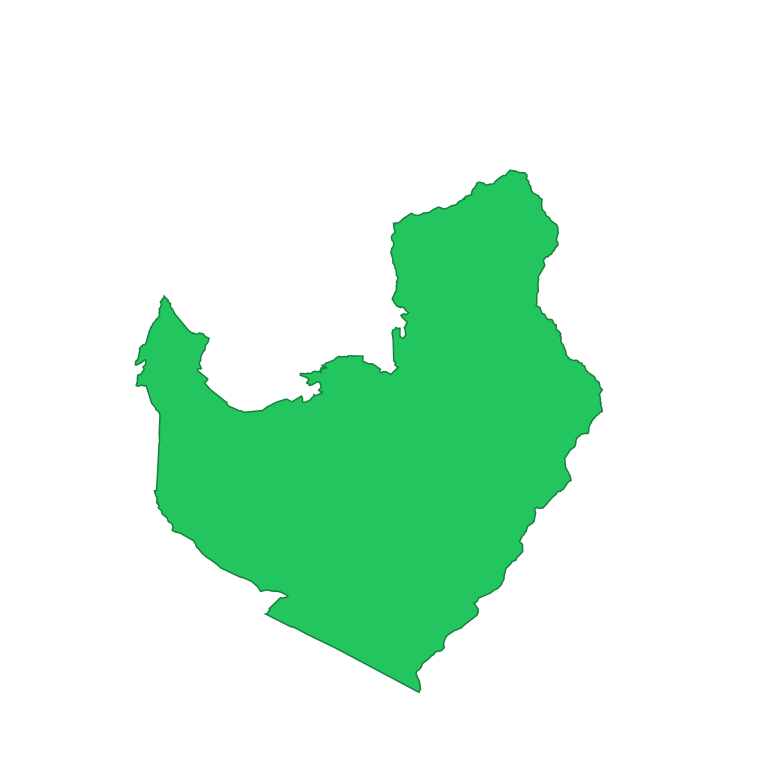 Scortoasa, Buzau, Romania, rotated 40°
{"feature_id": "2599482B46829986132598", "entity_name": "Scortoasa", "entity_type": "district", "adm_level": 2, "iso_a3": "ROU", "parent_name": "Romania", "parent_adm1": "Buzau", "projection": "orthographic", "projection_center": [26.658, 45.394], "detail": "fine", "context": "isolated", "style": "filled", "palette": "green", "viewbox_px": 768, "rotation_deg": 40, "n_neighbors": 0, "source": "geoboundaries", "source_scale": "gbopen_adm2", "svg_char_len": 6170}
<svg xmlns="http://www.w3.org/2000/svg" viewBox="0 0 768 768"><g transform="rotate(40 384 384)"><path d="M608.1,594.2L602.3,589.0L595.5,585.9L594.2,584.5L593.7,583.0L594.5,580.3L594.6,577.5L593.2,573.4L594.8,566.1L595.1,562.0L595.9,559.6L595.7,556.7L596.2,555.1L599.4,551.5L599.7,547.2L597.4,545.6L595.4,542.4L594.2,538.5L594.1,535.5L596.4,527.7L600.0,521.2L600.3,517.2L603.8,501.3L603.0,498.5L600.8,495.9L593.9,494.0L595.1,490.9L594.1,487.2L600.0,475.4L601.0,470.6L602.4,468.1L602.9,463.1L601.2,456.2L599.4,453.9L596.0,447.1L596.7,440.7L596.2,438.1L598.3,433.9L597.4,432.0L598.0,423.3L593.4,418.1L591.8,417.6L589.2,417.9L587.8,412.0L587.9,408.1L587.2,406.9L587.7,405.5L585.4,401.0L587.3,394.7L587.3,393.0L582.9,385.1L580.4,383.7L579.8,382.5L580.4,380.2L582.7,379.6L585.5,376.8L585.9,361.9L586.6,358.8L586.3,354.7L588.0,353.1L588.4,351.7L588.0,350.9L589.1,349.6L588.1,341.1L588.4,339.1L589.4,337.8L585.8,334.8L576.8,331.2L570.3,325.0L569.1,315.0L570.4,309.4L569.6,307.2L567.1,303.4L566.6,301.3L566.7,298.7L567.3,298.2L567.3,295.9L569.9,292.5L571.7,291.2L572.1,290.0L568.8,285.4L567.6,281.7L567.7,280.0L567.0,279.7L567.0,271.7L567.7,269.4L567.8,267.0L568.8,264.7L565.9,262.1L564.1,261.5L562.7,259.2L560.7,258.1L559.0,256.0L555.6,253.5L554.9,248.1L551.4,247.5L547.8,244.5L543.6,244.8L540.4,243.2L533.3,243.9L529.5,243.5L526.1,241.3L524.2,242.1L522.2,240.9L518.7,242.5L518.4,241.6L515.7,242.3L515.1,243.6L511.1,245.5L505.6,244.9L501.7,241.9L495.8,238.7L492.7,238.4L489.6,234.3L487.8,234.2L487.7,232.4L485.2,231.3L480.5,231.3L477.9,228.0L476.4,228.8L471.3,226.8L467.0,229.5L462.4,227.4L459.4,228.3L454.3,225.2L450.2,226.1L448.7,223.3L443.2,217.1L442.8,214.0L437.7,208.5L434.8,204.0L433.2,202.9L431.1,190.4L430.3,189.1L428.2,188.2L426.5,186.6L426.4,182.5L427.1,181.5L427.7,181.5L428.2,177.9L428.8,177.0L428.3,175.0L428.5,171.7L427.7,169.6L428.1,165.9L427.1,164.7L423.5,162.7L421.7,159.8L420.8,156.9L416.6,152.4L413.8,151.0L406.7,151.6L404.0,150.4L399.4,150.8L397.5,149.1L393.2,148.7L389.1,145.0L386.3,140.9L383.7,141.5L381.6,140.6L375.5,141.8L372.9,141.3L368.8,138.0L366.5,137.8L365.4,136.3L363.8,135.6L361.3,135.5L359.9,132.7L358.9,132.0L356.2,131.7L351.5,135.2L348.2,136.2L343.1,139.3L342.9,146.6L341.2,147.9L340.2,151.1L339.1,156.6L339.3,160.3L336.3,163.3L335.3,165.1L334.2,166.0L331.5,166.1L328.0,167.7L326.8,168.7L326.0,170.6L326.8,171.6L326.7,172.9L327.4,175.2L326.9,177.7L327.8,180.6L329.3,182.7L325.9,188.0L326.0,190.1L326.7,190.6L325.7,191.0L325.6,192.9L324.0,196.5L324.2,199.1L323.7,200.9L321.1,204.1L319.4,208.8L317.0,211.8L315.3,212.7L314.9,212.2L312.7,213.0L311.7,214.1L310.0,217.7L308.1,224.0L304.3,227.6L304.1,228.9L301.8,233.0L298.2,235.3L295.2,235.5L292.4,245.2L292.0,249.8L290.1,253.1L289.4,253.0L289.0,254.4L288.0,254.8L291.4,258.1L295.0,260.6L294.6,264.8L295.2,266.7L297.6,268.7L300.7,269.3L302.7,272.8L302.9,275.5L304.2,277.0L304.5,278.8L310.5,282.6L313.0,285.5L315.4,286.1L318.2,288.3L319.8,288.7L323.5,292.5L326.7,293.6L328.0,298.1L329.2,298.3L330.1,300.5L333.4,304.4L333.5,306.6L334.7,309.8L335.1,312.5L336.3,314.1L337.1,313.7L338.5,314.7L343.5,316.0L347.4,314.9L347.0,314.4L349.1,313.1L351.1,312.9L352.8,313.7L356.9,313.4L356.4,316.8L354.2,317.3L352.8,320.5L354.8,321.2L362.7,321.8L362.4,323.4L363.2,326.0L363.3,327.9L365.5,328.9L369.2,332.6L369.5,336.9L365.6,337.3L360.4,331.0L359.5,332.1L356.8,333.2L357.4,333.9L357.4,334.9L356.2,336.4L357.1,339.4L362.7,344.3L376.6,360.0L379.2,360.3L380.3,362.5L384.1,362.2L383.1,372.2L377.7,373.3L375.4,375.1L374.5,377.2L373.3,377.5L372.0,376.4L371.7,375.0L362.4,375.9L359.3,378.4L353.0,380.2L350.0,376.2L338.2,385.7L338.3,387.4L336.4,388.0L334.2,390.4L331.6,391.9L330.4,395.6L330.5,397.3L327.6,403.1L326.1,405.0L325.9,406.2L326.5,407.1L324.6,409.6L326.3,409.8L327.6,408.8L329.5,408.6L327.8,410.4L327.8,411.5L326.2,411.2L325.5,412.2L326.0,413.6L328.2,415.4L325.9,415.9L325.6,417.3L322.9,418.6L321.7,420.8L321.3,423.2L319.0,424.4L317.0,426.9L313.7,429.1L313.2,429.9L314.4,431.1L319.9,428.9L322.4,428.7L324.0,429.2L323.8,431.8L324.3,433.0L326.6,432.2L327.7,433.1L329.5,430.7L331.5,425.3L333.6,424.1L336.7,425.7L337.9,427.2L338.0,430.9L339.2,430.5L340.3,431.0L341.6,429.6L342.5,430.6L338.9,437.1L337.1,437.3L337.9,438.2L337.6,444.4L334.3,450.1L332.7,449.6L330.7,447.3L328.5,446.4L324.9,456.9L319.0,458.2L313.3,467.0L309.2,476.6L308.0,482.4L295.1,495.6L291.6,496.5L290.9,497.4L278.8,500.9L275.4,500.0L275.6,499.3L254.6,499.9L246.1,498.6L246.1,493.8L245.1,493.4L232.3,493.6L231.7,491.8L234.0,490.1L234.0,489.4L229.2,487.1L228.3,483.8L225.9,480.4L224.6,474.9L225.1,473.6L222.5,469.2L222.3,465.2L220.7,461.5L217.7,462.2L217.2,462.9L213.7,461.8L209.8,463.5L209.2,465.5L206.1,467.8L205.1,467.3L204.7,468.3L199.8,468.6L179.0,464.8L173.3,462.5L171.1,462.4L168.5,459.4L166.7,459.9L165.2,459.5L165.1,458.6L159.0,458.1L160.2,459.7L159.6,460.7L159.6,462.0L160.7,463.2L160.0,463.8L160.0,465.0L162.2,465.9L163.7,469.3L163.3,470.5L165.2,472.4L166.2,474.4L167.3,474.6L167.9,475.8L168.6,480.0L168.0,480.3L168.0,481.1L168.5,484.9L168.1,485.9L169.0,488.8L168.7,490.1L169.7,491.8L170.0,493.7L175.0,504.7L175.6,507.0L174.4,508.8L173.7,512.5L174.1,514.5L175.0,514.5L179.6,523.2L179.2,526.2L181.2,529.2L182.3,528.4L184.4,523.4L185.2,519.2L186.3,518.9L189.0,522.7L188.4,526.0L190.9,527.0L191.5,533.3L189.8,534.8L190.0,536.1L193.7,541.0L195.1,544.5L197.4,543.6L198.5,541.3L203.3,538.4L218.3,548.0L223.9,549.0L225.3,550.1L229.5,550.1L232.5,551.9L243.6,566.4L249.0,572.2L249.7,573.8L278.2,611.7L276.8,613.2L277.6,614.2L281.9,616.7L283.4,616.8L284.5,618.9L286.1,620.2L286.8,620.0L286.4,621.1L289.7,621.6L290.5,623.6L291.2,624.0L294.9,624.1L297.6,626.1L303.9,626.0L307.4,628.1L310.0,627.4L311.8,627.7L314.0,628.8L315.8,632.2L319.1,631.6L323.7,629.2L338.9,626.5L342.5,627.7L345.4,629.5L347.7,629.3L353.0,630.6L359.5,630.6L369.3,629.6L377.5,629.7L398.7,624.2L399.0,623.4L409.2,620.3L417.9,620.5L422.7,622.2L426.7,616.9L431.0,614.8L436.3,610.9L440.4,609.2L446.5,608.1L446.5,610.4L445.1,611.2L445.0,612.2L444.1,613.1L442.4,613.8L442.0,614.8L440.5,629.8L441.8,630.1L441.7,633.1L442.4,635.0L441.2,636.3L467.4,630.2L470.8,628.8L470.8,628.3L485.0,625.4L517.1,617.3L609.0,597.7L608.1,594.2Z" fill="#22c55e" stroke="#15803d" stroke-width="1.5"/></g></svg>